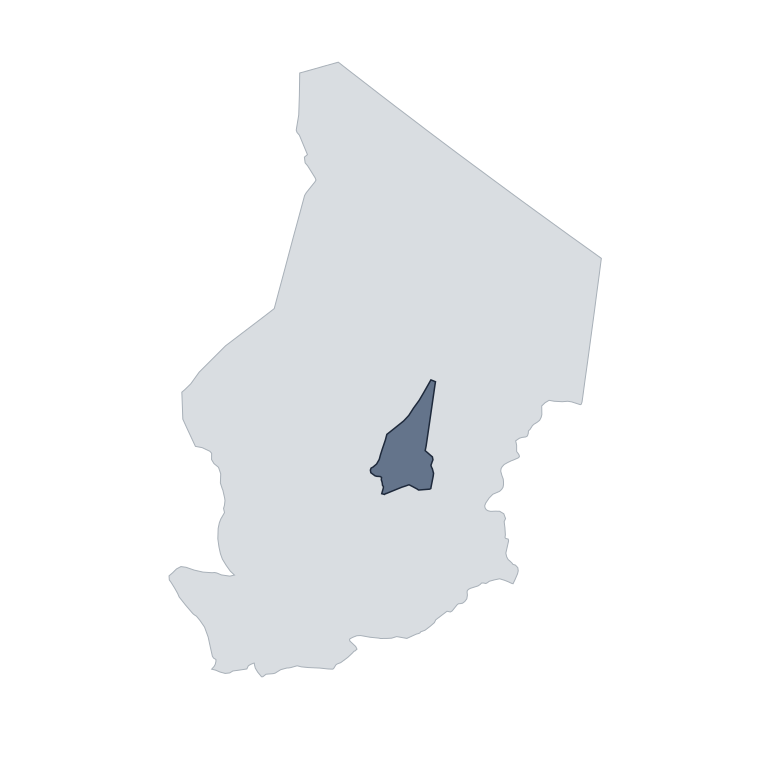 Batha Est, Batha, Chad (highlighted), rotated 9°
{"feature_id": "50815135B79604505945545", "entity_name": "Batha Est", "entity_type": "district", "adm_level": 2, "iso_a3": "TCD", "parent_name": "Chad", "parent_adm1": "Batha", "projection": "orthographic", "projection_center": [19.699, 14.229], "detail": "fine", "context": "in_parent", "style": "filled", "palette": "slate", "viewbox_px": 768, "rotation_deg": 9, "n_neighbors": 0, "source": "geoboundaries", "source_scale": "gbopen_adm2", "svg_char_len": 4640}
<svg xmlns="http://www.w3.org/2000/svg" viewBox="0 0 768 768"><g transform="rotate(9 384 384)"><path d="M579.0,225.9L579.5,243.2L579.9,260.6L580.4,278.0L580.8,295.3L581.2,312.7L581.6,330.1L581.9,347.5L582.3,364.9L582.4,370.7L582.0,373.0L581.8,373.3L581.1,373.7L572.2,372.3L568.2,372.3L562.8,373.6L554.8,374.4L549.6,374.3L546.0,377.3L543.2,381.0L544.7,389.6L544.4,392.5L543.4,395.5L541.0,398.1L538.6,400.1L537.1,401.9L535.4,405.9L534.0,407.7L534.2,410.2L533.8,412.8L532.3,414.1L528.6,415.2L526.2,416.4L524.2,418.3L522.9,419.6L523.7,421.4L524.6,423.9L525.2,427.7L525.6,430.0L527.5,431.8L528.6,433.1L529.1,434.7L528.0,436.1L523.4,439.0L521.6,440.0L519.5,441.5L518.7,442.0L515.3,444.7L513.7,447.1L512.9,449.1L512.9,451.8L514.7,455.8L516.6,459.2L517.3,461.8L517.8,464.7L517.7,467.4L516.7,469.7L515.0,471.9L508.7,475.9L505.6,480.3L503.1,485.7L502.5,488.6L503.2,490.5L504.6,492.1L506.5,492.9L509.3,493.1L513.8,492.2L518.1,491.6L522.6,493.4L525.1,497.9L524.2,501.1L525.9,507.0L527.5,514.1L527.5,516.5L528.1,517.4L531.0,517.8L531.6,519.5L530.8,532.0L532.2,535.5L534.1,538.0L536.3,539.3L538.5,540.9L539.6,542.0L542.1,542.3L544.9,544.5L545.8,547.5L545.6,550.5L544.0,556.8L542.7,561.1L541.1,560.9L537.7,559.9L533.7,559.0L528.7,558.3L523.9,560.1L518.8,562.4L517.2,564.1L515.8,565.1L513.5,565.0L511.5,565.3L510.4,566.9L508.5,568.7L501.1,572.4L499.5,573.7L498.6,575.1L498.6,576.5L499.4,579.5L499.4,583.2L497.8,586.2L495.9,588.2L493.7,589.0L491.9,589.4L490.7,590.7L486.8,597.5L485.2,598.8L481.8,598.6L472.0,608.8L471.1,611.8L467.5,616.1L463.0,620.8L458.9,623.1L458.6,624.0L457.5,624.9L455.0,626.0L446.4,631.7L436.0,631.5L431.4,633.8L426.9,634.8L420.4,635.9L418.4,635.8L410.0,636.3L400.2,636.1L396.5,636.9L392.9,639.0L390.3,640.9L389.9,641.6L390.3,642.4L390.2,643.0L397.1,647.7L398.8,650.1L397.0,652.3L396.2,652.6L395.0,654.5L390.9,659.8L384.8,666.0L381.6,667.8L380.4,669.0L378.7,673.1L377.7,673.7L373.5,674.2L365.1,674.6L353.5,675.9L346.6,676.3L342.3,675.9L336.2,678.7L334.1,679.4L332.7,679.6L326.7,682.3L321.7,686.6L319.9,687.4L312.9,689.1L310.1,692.1L308.8,692.3L304.3,688.3L301.3,684.7L299.8,681.1L299.6,680.0L298.8,680.2L296.3,681.7L294.1,683.5L293.1,686.9L285.9,689.2L279.6,691.1L276.8,693.5L272.4,694.7L266.9,694.1L262.6,693.0L258.4,692.6L260.4,689.5L261.2,687.2L261.4,684.3L261.1,682.4L258.6,681.4L257.1,679.8L253.5,670.7L249.9,661.4L244.8,652.2L239.1,646.2L235.0,642.6L233.7,642.1L231.6,641.0L230.2,639.9L222.7,633.5L215.0,626.4L213.0,623.2L209.2,618.4L204.9,613.4L202.6,611.1L201.7,607.1L204.7,603.6L208.0,599.1L212.0,596.1L217.2,596.0L225.6,597.5L234.7,598.1L243.8,597.3L246.1,596.7L248.4,596.8L253.3,598.0L261.8,597.9L266.2,596.1L261.5,592.9L256.5,587.8L251.8,582.3L249.0,577.2L246.5,570.8L244.1,562.9L242.8,552.6L243.1,546.8L244.0,542.7L246.6,536.0L245.0,532.0L245.4,528.8L245.2,524.1L244.5,521.7L241.3,513.7L240.7,512.9L237.9,507.4L236.8,498.3L233.6,492.2L228.5,489.2L225.5,485.6L224.6,479.4L222.6,477.7L214.4,475.3L207.5,475.1L202.7,468.0L196.5,458.8L190.8,450.2L187.5,433.3L185.6,423.7L188.1,420.8L193.1,414.1L199.6,401.2L214.1,381.3L221.5,371.1L236.0,355.9L253.8,337.3L263.8,326.7L265.8,307.3L268.0,286.7L269.6,271.1L271.5,252.7L273.2,237.3L274.4,226.1L276.1,210.2L277.3,207.2L284.3,194.9L284.9,193.2L283.7,191.1L274.4,180.4L271.5,177.9L269.9,172.4L272.5,169.4L261.5,151.5L258.8,149.2L257.6,147.0L257.6,143.9L257.7,131.6L255.3,112.4L252.1,90.0L265.5,83.9L275.6,79.2L288.5,73.3L300.2,79.8L317.2,89.1L334.3,98.5L351.4,107.8L368.6,117.0L385.8,126.3L403.1,135.5L420.5,144.7L437.9,153.8L455.4,162.9L472.9,172.0L490.5,181.1L508.1,190.1L525.8,199.1L543.5,208.1L561.3,217.0L579.0,225.9Z" fill="#d9dde1" stroke="#a8b0b8" stroke-width="1"/><path d="M398.9,492.7L401.9,493.0L402.2,492.5L402.6,492.0L402.8,492.0L403.1,492.0L408.7,488.6L417.8,483.1L421.0,481.5L424.5,479.6L428.8,481.0L429.6,481.3L432.8,482.4L434.7,483.3L434.8,483.3L445.6,480.7L446.6,479.9L446.6,478.6L446.6,478.4L447.0,467.5L447.0,467.3L447.0,467.0L446.9,464.3L446.4,463.3L446.3,463.2L446.1,462.6L444.9,459.9L444.6,459.6L444.2,459.1L443.8,458.4L443.5,457.8L443.3,457.4L443.1,456.8L443.1,456.7L443.2,456.2L443.4,455.3L443.5,454.7L443.6,454.0L444.2,451.2L443.2,448.4L442.9,448.2L441.7,447.5L435.1,443.4L435.3,438.5L435.1,421.0L434.5,376.8L434.5,373.7L429.7,372.6L424.6,386.2L421.3,394.6L417.0,403.0L413.4,411.2L409.2,417.4L401.4,426.0L394.7,433.3L394.1,439.2L392.9,446.2L392.5,448.5L391.6,454.4L391.1,459.2L389.2,464.2L386.1,467.8L384.4,469.1L384.0,471.2L384.9,473.7L386.8,474.7L389.5,476.1L391.3,476.3L393.3,476.1L394.9,476.0L396.2,476.7L396.3,479.1L397.3,480.9L397.9,482.5L398.3,484.2L399.5,485.5L399.6,486.9L398.9,492.7Z" fill="#64748b" stroke="#1e293b" stroke-width="1.5"/></g></svg>